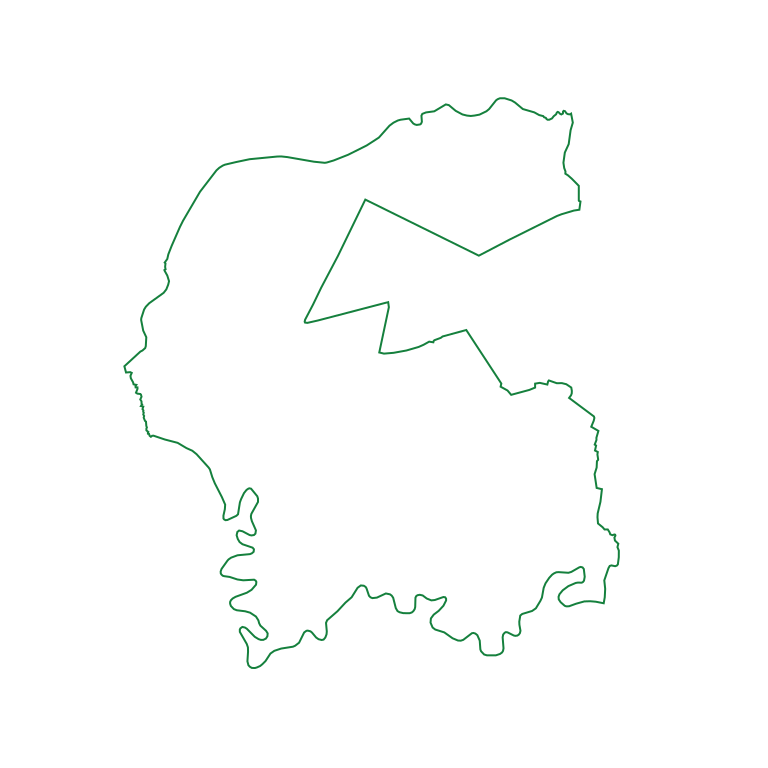 Khong Chai, Kalasin, Thailand (orthographic projection), rotated 9°
{"feature_id": "78962969B1811381389630", "entity_name": "Khong Chai", "entity_type": "district", "adm_level": 2, "iso_a3": "THA", "parent_name": "Thailand", "parent_adm1": "Kalasin", "projection": "orthographic", "projection_center": [103.475, 16.263], "detail": "fine", "context": "isolated", "style": "outline", "palette": "green", "viewbox_px": 768, "rotation_deg": 9, "n_neighbors": 0, "source": "geoboundaries", "source_scale": "gbopen_adm2", "svg_char_len": 6128}
<svg xmlns="http://www.w3.org/2000/svg" viewBox="0 0 768 768"><g transform="rotate(9 384 384)"><path d="M635.3,566.2L635.4,560.1L634.5,551.7L632.3,543.5L634.5,530.8L635.4,528.4L637.0,527.6L640.8,527.8L642.3,527.0L643.2,525.6L643.0,518.4L642.0,511.8L640.1,508.6L640.4,505.1L636.6,502.5L635.6,499.7L636.3,497.6L635.9,496.7L635.0,496.6L633.3,497.6L631.0,497.1L630.0,495.2L627.8,492.7L624.6,493.2L622.4,491.3L617.2,488.3L615.7,482.2L615.3,478.4L616.2,466.5L615.7,453.8L610.3,453.4L606.1,440.1L607.1,433.3L606.4,426.9L607.3,425.5L607.3,424.9L605.8,420.2L605.8,417.7L602.8,416.7L603.1,411.6L601.6,410.9L602.6,406.0L602.2,403.9L603.1,396.8L595.4,393.8L596.9,387.5L597.1,384.6L596.4,383.2L569.0,368.8L570.5,365.9L570.9,363.9L570.6,361.4L569.5,358.2L564.1,355.7L559.5,355.3L554.6,356.2L546.3,354.7L545.7,355.8L545.4,359.0L537.7,358.5L533.2,360.0L533.8,363.9L528.5,367.1L511.3,374.8L507.0,371.1L499.6,368.4L499.8,365.2L456.8,317.8L434.4,327.9L432.9,329.5L426.9,332.9L426.3,333.8L426.2,335.1L422.0,335.1L416.9,339.1L412.4,342.0L400.9,347.4L388.6,351.7L379.2,354.0L374.4,353.6L376.8,307.4L375.3,302.5L308.8,331.6L298.8,335.6L296.4,335.7L295.9,334.9L296.0,332.9L301.5,316.6L306.9,298.7L318.5,264.6L336.7,204.8L457.6,242.4L485.2,221.9L528.4,191.1L532.9,188.5L544.4,183.0L549.7,181.3L549.5,173.0L548.0,172.7L547.7,172.3L545.4,157.8L537.4,151.9L533.0,149.1L530.2,147.9L530.0,145.7L528.2,142.5L526.6,137.4L526.4,127.1L528.9,118.2L528.6,104.1L529.6,96.3L526.5,87.7L525.5,88.6L523.5,88.7L522.0,88.2L520.0,86.2L518.7,86.1L518.2,87.0L518.4,88.9L517.0,90.0L515.8,89.7L513.8,88.2L512.9,88.1L512.2,89.0L511.8,90.7L509.7,93.0L508.4,95.4L505.9,97.1L504.2,97.4L503.0,96.8L502.2,95.8L500.4,95.5L499.4,94.5L495.2,94.1L490.0,92.2L478.1,90.7L469.4,85.5L465.7,84.0L458.4,82.9L453.7,83.7L451.6,85.0L450.3,86.3L444.8,96.0L442.5,98.6L436.2,103.0L431.4,104.7L427.8,105.7L423.9,105.9L419.3,105.5L412.1,103.0L404.4,98.4L401.3,98.2L391.0,106.8L383.0,109.2L379.6,111.2L379.0,113.1L380.4,119.1L379.9,121.1L379.0,122.0L375.8,123.0L373.9,122.8L372.1,122.1L367.3,117.9L359.0,120.4L356.4,121.6L352.5,124.4L349.0,128.0L340.4,141.4L329.6,151.1L312.7,163.2L299.3,171.1L292.8,174.2L290.9,174.8L280.0,175.4L253.1,175.0L247.1,175.3L243.1,176.0L216.1,183.0L203.0,188.0L192.5,192.3L190.6,193.5L187.5,196.2L185.1,199.2L172.2,222.9L160.0,254.1L157.9,260.7L152.7,280.6L150.7,289.7L150.4,294.4L148.4,298.4L149.3,299.1L149.5,302.6L150.3,304.9L149.3,305.7L149.4,306.2L153.0,310.8L155.6,316.1L155.3,319.7L154.2,324.6L152.1,328.4L139.5,340.9L136.7,344.9L135.4,348.0L134.0,356.9L134.1,358.7L137.8,368.9L141.9,375.0L142.8,383.9L142.5,385.9L140.2,388.7L138.3,390.1L124.8,407.1L127.4,413.0L131.5,412.0L133.1,412.5L132.3,415.6L133.1,418.0L135.9,421.6L136.7,423.5L139.5,423.6L138.9,425.0L139.2,426.2L141.0,425.9L141.3,427.3L140.4,431.4L141.9,432.1L144.9,432.0L145.6,432.5L146.5,434.5L145.7,437.4L147.2,439.1L147.7,441.6L148.3,442.0L147.4,443.8L149.8,444.0L149.4,446.6L150.5,447.7L150.5,449.1L151.2,449.9L151.0,451.8L152.1,453.1L151.9,454.8L153.7,457.8L154.8,458.4L155.8,462.6L156.6,464.0L156.3,465.2L156.6,467.0L158.7,468.2L158.4,469.1L158.6,470.0L159.7,470.0L160.6,471.8L162.0,472.6L163.1,471.4L164.4,471.1L176.2,473.1L189.4,474.4L198.9,478.2L205.1,479.9L209.8,482.6L223.8,493.9L225.4,495.6L229.0,502.9L232.4,508.5L241.6,521.1L246.0,528.0L246.4,532.6L246.0,539.1L246.5,542.0L247.2,542.7L248.7,543.3L250.6,542.8L258.8,537.3L260.2,535.5L260.2,523.4L260.9,519.9L262.8,513.6L264.8,510.1L266.4,508.6L267.3,508.1L269.1,508.2L276.4,514.7L277.5,516.9L278.0,520.2L273.3,533.0L273.2,535.2L273.6,537.1L275.0,540.2L280.4,548.6L280.4,551.9L279.2,553.5L276.8,554.3L274.9,554.2L267.3,551.6L263.8,551.4L262.3,553.1L262.1,556.4L263.8,559.9L266.1,562.7L269.3,564.4L279.8,566.2L281.4,567.6L281.5,570.1L280.0,571.9L278.2,573.0L266.1,576.1L260.2,579.4L257.9,581.6L257.0,583.0L252.5,592.0L252.0,594.7L252.4,596.6L253.1,597.5L254.7,598.6L256.1,598.8L261.7,598.7L269.8,600.0L275.7,599.9L286.3,597.6L288.0,598.3L288.9,599.5L289.0,602.2L285.4,608.0L281.2,611.6L270.7,617.4L268.1,619.5L266.6,621.6L266.1,623.4L266.4,625.1L267.5,627.2L270.9,629.8L274.0,630.5L282.4,630.2L287.5,630.8L293.9,633.7L296.9,637.1L298.1,639.8L299.7,642.0L306.1,646.2L308.1,648.5L308.3,651.4L307.2,653.9L304.8,655.6L302.5,656.0L300.0,655.6L295.9,653.9L286.8,647.2L284.8,646.3L282.1,646.1L280.4,647.8L280.0,649.1L280.4,651.4L289.1,662.2L290.8,665.4L291.6,669.7L292.5,679.3L294.1,683.0L295.8,684.3L297.9,685.1L301.0,684.7L302.7,683.9L305.8,681.9L307.6,679.9L310.3,676.2L314.0,668.0L317.4,664.7L323.8,661.4L335.2,657.7L337.2,656.4L340.6,652.8L344.0,641.9L346.0,639.9L347.3,639.5L350.1,639.8L351.8,640.8L356.6,645.0L359.3,646.3L362.5,646.6L364.3,645.9L365.7,643.6L366.4,640.2L366.2,637.3L364.1,629.0L364.8,626.2L373.6,615.7L380.1,606.0L385.4,599.7L389.8,589.4L392.6,586.6L395.6,586.4L397.6,587.3L398.7,588.6L402.3,595.5L404.0,596.8L406.0,597.3L410.4,596.1L418.6,590.6L422.8,590.8L424.7,591.8L426.5,593.7L430.7,603.5L432.9,606.2L435.1,607.0L438.9,607.3L445.1,606.4L447.2,605.3L448.5,603.8L449.5,601.6L449.7,599.4L448.5,590.1L449.0,588.5L450.1,587.4L452.3,586.6L455.3,586.8L459.8,589.2L464.6,590.3L468.0,589.4L476.0,585.1L477.8,585.1L478.9,586.3L479.2,588.1L477.4,593.7L473.5,599.5L469.2,604.0L467.0,608.2L467.3,612.4L470.1,616.9L473.0,618.5L482.4,619.9L491.5,624.4L497.2,625.8L500.0,625.5L502.3,624.3L509.8,616.4L511.3,615.9L513.3,616.2L515.5,617.5L518.7,622.5L520.7,631.1L521.7,632.8L525.2,635.5L528.2,635.9L536.9,634.5L540.8,632.5L542.6,630.7L543.3,629.0L543.4,626.4L540.8,615.6L540.9,612.8L542.1,610.8L543.2,610.0L544.9,610.0L551.5,612.1L553.1,612.2L555.1,611.6L556.4,610.4L557.2,608.8L557.4,606.4L555.4,600.6L554.8,597.6L554.8,591.4L556.5,589.5L565.8,585.0L569.1,581.8L572.4,573.7L573.4,570.2L573.6,560.4L574.7,555.6L577.5,549.6L579.9,546.0L581.6,544.4L583.7,543.0L585.9,542.5L595.7,541.6L598.4,540.3L605.6,534.5L606.9,533.9L608.8,534.1L610.3,535.5L612.4,543.0L612.3,546.9L611.6,548.3L610.4,549.3L606.6,549.8L604.5,550.5L597.7,554.8L592.8,559.8L590.2,564.2L589.7,566.9L590.3,569.4L592.6,571.9L597.2,574.8L598.8,575.1L601.5,574.6L608.2,570.9L615.9,567.4L621.7,566.3L627.2,565.9L635.3,566.2Z" fill="none" stroke="#15803d" stroke-width="2"/></g></svg>